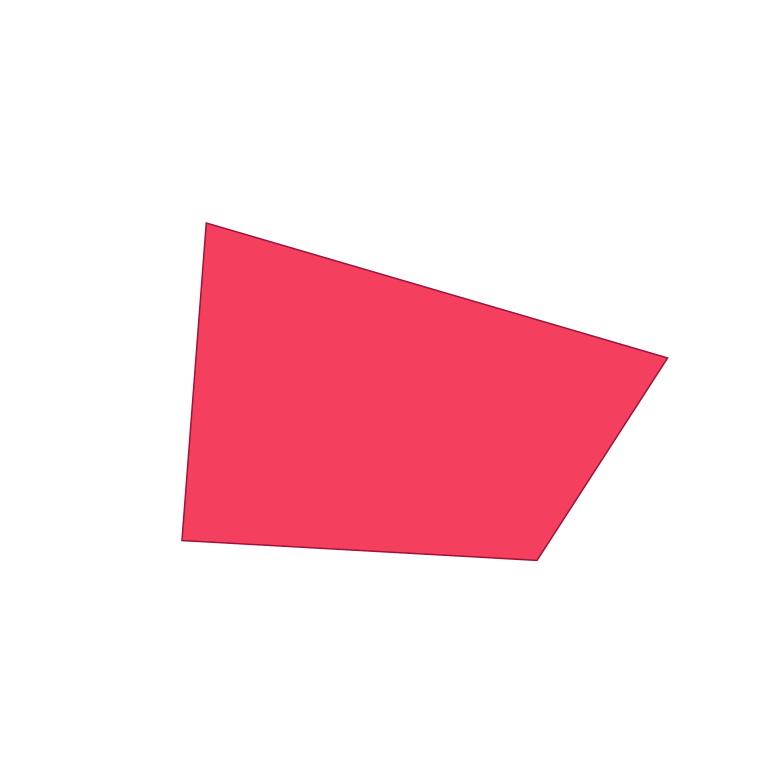 SVG path tracing the border of Saint Louis, rotated 238°
{"feature_id": "SYC-5219", "entity_name": "Saint Louis", "entity_type": "state/province", "adm_level": 1, "iso_a3": "SYC", "parent_name": "Seychelles", "parent_adm1": "", "projection": "robinson", "projection_center": [55.437, -4.623], "detail": "fine", "context": "isolated", "style": "filled", "palette": "rose", "viewbox_px": 768, "rotation_deg": 238, "n_neighbors": 0, "source": "natural_earth", "source_scale": "10m", "svg_char_len": 231}
<svg xmlns="http://www.w3.org/2000/svg" viewBox="0 0 768 768"><g transform="rotate(238 384 384)"><path d="M153.3,420.3L358.3,129.7L614.7,318.6L255.8,638.3L153.3,420.3Z" fill="#f43f5e" stroke="#9f1239" stroke-width="1.5"/></g></svg>